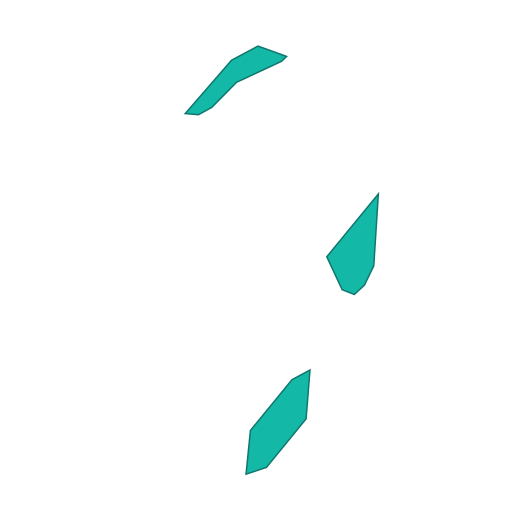 outline of British Virgin Islands, rotated 312°
{"feature_id": "VGB", "entity_name": "British Virgin Islands", "entity_type": "country or territory", "adm_level": 0, "iso_a3": "VGB", "parent_name": "North America", "parent_adm1": "", "projection": "orthographic", "projection_center": [-64.441, 18.576], "detail": "fine", "context": "isolated", "style": "filled", "palette": "teal", "viewbox_px": 512, "rotation_deg": 312, "n_neighbors": 0, "source": "natural_earth", "source_scale": "50m", "svg_char_len": 448}
<svg xmlns="http://www.w3.org/2000/svg" viewBox="0 0 512 512"><g transform="rotate(312 256 256)"><path d="M168.5,402.2L105.9,405.2L87.2,394.6L122.6,368.6L188.2,365.5L207.4,372.4L168.5,402.2ZM327.5,350.1L306.8,356.1L293.2,354.8L288.6,342.6L302.8,309.1L384.0,305.4L327.5,350.1ZM413.3,117.0L424.8,145.2L417.8,144.7L372.1,125.3L336.9,123.7L322.5,118.7L314.5,108.1L385.1,106.8L413.3,117.0Z" fill="#14b8a6" stroke="#0f766e" stroke-width="1.5"/></g></svg>